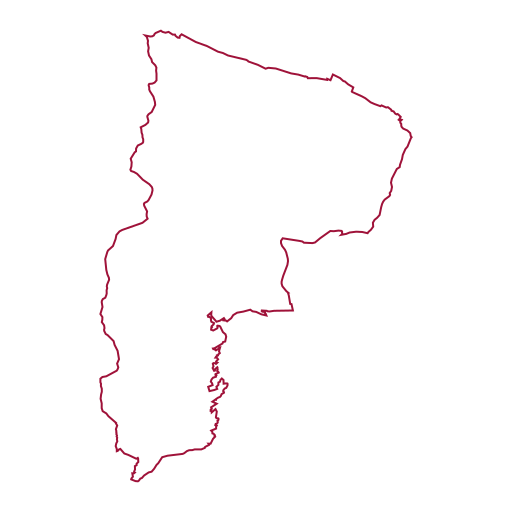 Capreni, Gorj, Romania (Equal Earth projection)
{"feature_id": "2599482B54330131448455", "entity_name": "Capreni", "entity_type": "district", "adm_level": 2, "iso_a3": "ROU", "parent_name": "Romania", "parent_adm1": "Gorj", "projection": "equal_earth", "projection_center": [23.598, 44.73], "detail": "fine", "context": "isolated", "style": "outline", "palette": "rose", "viewbox_px": 512, "rotation_deg": 0, "n_neighbors": 0, "source": "geoboundaries", "source_scale": "gbopen_adm2", "svg_char_len": 6045}
<svg xmlns="http://www.w3.org/2000/svg" viewBox="0 0 512 512"><path d="M288.3,292.8L286.3,291.1L282.4,286.3L281.6,283.7L281.6,281.7L282.1,279.6L283.3,275.6L287.4,264.9L288.0,261.1L287.8,258.7L286.2,252.4L285.0,249.8L282.1,246.0L281.0,243.1L281.0,240.8L282.7,238.3L299.4,240.9L302.4,241.5L303.9,242.7L312.5,243.1L315.0,242.5L320.3,238.1L330.3,231.0L333.8,231.2L338.5,230.6L341.6,230.9L342.1,231.6L342.0,232.6L342.4,233.7L341.3,234.8L346.2,233.9L349.7,232.5L356.2,231.7L362.3,232.0L367.6,233.2L368.4,232.0L370.9,229.8L373.2,226.6L372.9,222.7L374.6,219.8L377.1,217.8L379.6,215.0L381.2,207.1L382.1,203.9L383.2,201.6L384.7,199.6L389.3,196.2L390.1,194.9L389.7,193.1L391.2,190.9L392.0,187.0L391.0,182.7L391.9,178.6L396.8,169.0L399.7,167.1L400.0,164.8L402.0,159.2L402.8,154.9L405.4,149.1L407.5,146.6L410.9,138.1L411.6,137.2L410.7,135.9L410.2,133.1L407.4,130.5L403.2,128.6L401.7,127.0L401.3,126.0L401.2,123.8L400.3,122.7L400.3,121.0L399.5,120.4L401.4,120.2L401.7,119.8L399.3,119.1L400.7,116.9L398.3,114.5L397.6,114.0L396.7,114.4L395.3,113.7L393.6,111.4L391.5,110.8L391.2,109.7L387.9,107.2L386.2,107.5L381.5,105.4L380.4,106.2L374.4,104.0L370.6,102.3L365.3,98.2L361.8,96.3L352.2,92.0L351.8,91.5L353.3,87.4L348.1,84.3L344.8,81.4L343.4,81.1L340.1,78.1L332.9,74.5L330.5,80.2L327.2,78.8L327.1,79.9L316.6,78.1L307.8,78.2L307.3,77.0L305.2,76.3L304.9,76.6L298.3,74.6L291.1,73.4L275.8,68.5L268.3,67.8L265.6,68.7L258.0,64.9L248.4,61.5L247.6,60.6L246.1,59.8L228.0,55.5L222.9,53.0L218.0,51.7L207.1,46.1L195.8,42.0L181.6,34.3L179.8,36.1L179.5,37.8L177.7,37.6L175.5,35.8L175.0,34.6L172.7,34.6L168.6,31.9L165.5,32.7L162.5,31.9L160.9,30.7L155.6,33.0L154.5,34.1L153.9,35.4L152.3,36.3L150.3,36.5L145.3,35.5L146.8,36.9L148.0,40.8L147.7,43.3L148.7,47.9L148.1,51.3L149.0,55.5L151.4,59.2L152.1,62.1L155.3,65.3L156.4,67.6L156.1,70.6L156.5,73.7L156.5,80.4L154.6,82.6L152.4,83.6L149.2,83.9L148.6,85.1L149.3,87.8L149.2,89.4L149.9,91.2L153.4,96.6L154.9,101.9L155.2,104.9L151.7,112.0L148.5,114.3L147.4,115.9L147.3,116.7L148.4,120.7L148.1,122.5L145.4,124.9L140.7,127.3L141.3,129.1L141.6,132.7L142.4,134.8L142.5,137.3L143.2,139.2L143.2,141.9L142.8,142.8L141.2,143.9L137.8,145.5L136.1,148.5L136.0,151.4L134.7,152.3L130.7,158.7L131.7,162.3L131.4,166.5L130.4,169.7L131.1,171.0L134.0,172.0L137.1,173.8L142.8,179.7L149.3,184.2L151.8,187.0L152.4,188.6L152.5,190.5L151.5,194.6L148.6,200.0L147.3,201.5L144.5,202.9L143.9,204.0L144.2,205.7L147.1,211.4L146.6,214.1L146.7,216.5L147.6,218.7L142.5,222.8L122.3,229.9L119.5,231.4L116.4,235.0L115.6,239.0L113.0,246.0L108.0,250.5L107.3,252.0L105.2,259.1L106.3,269.9L107.4,274.4L108.9,277.8L109.1,279.8L107.1,284.6L106.8,286.4L107.2,288.1L106.6,290.2L106.7,293.5L106.3,295.1L105.3,297.7L102.8,299.1L101.9,300.8L101.7,302.1L102.5,307.0L100.4,314.0L102.4,317.1L102.3,319.9L101.8,322.1L104.1,325.3L104.5,328.1L104.1,329.6L104.2,330.9L105.7,334.0L107.6,335.1L113.6,341.1L114.6,344.9L117.6,350.8L119.0,359.2L117.1,363.6L118.3,367.4L117.5,369.5L116.7,370.7L106.3,376.3L102.4,377.0L100.4,378.7L100.4,382.3L101.0,383.7L100.9,386.0L101.8,388.7L101.8,391.8L101.1,394.5L100.6,398.8L101.7,403.3L101.7,408.2L102.7,411.2L106.3,413.4L108.4,416.2L116.1,422.9L115.9,423.4L117.2,425.5L115.9,429.2L116.4,431.2L116.2,432.0L116.6,433.1L116.3,434.0L117.0,435.5L116.6,436.5L117.2,437.7L116.9,439.2L117.3,441.4L116.3,443.3L115.7,446.1L116.8,449.0L116.8,451.2L117.7,450.9L119.1,449.4L120.3,448.9L124.3,453.5L128.3,454.9L136.0,458.6L136.5,458.7L137.8,457.9L138.1,458.4L138.3,462.0L136.6,463.7L136.6,465.2L134.9,466.1L135.0,469.5L134.1,471.6L134.1,472.2L134.8,472.6L133.8,473.4L132.3,473.3L132.9,476.7L131.4,478.5L131.2,479.4L135.5,481.1L137.9,481.3L138.9,480.6L140.3,478.6L141.9,478.0L144.1,475.5L148.7,472.4L151.6,471.7L154.1,468.8L156.6,464.8L158.2,463.3L162.2,457.2L167.6,455.7L182.7,453.9L184.2,453.2L186.9,451.1L189.2,450.2L192.3,450.1L194.7,449.4L201.3,449.4L204.8,447.9L204.9,447.2L205.7,446.6L209.1,444.9L209.3,444.5L208.6,443.7L210.6,443.7L213.1,438.7L215.1,436.7L214.5,436.0L214.9,435.5L214.7,434.9L213.6,433.8L212.4,433.4L212.3,431.8L211.2,430.6L216.1,428.6L216.1,426.6L216.7,425.7L215.3,425.1L215.7,423.9L216.8,423.7L217.7,422.6L217.5,420.7L218.2,420.4L218.6,419.0L218.3,418.4L216.5,418.2L215.9,417.3L216.8,411.6L215.5,409.1L211.7,412.4L211.6,411.1L210.6,410.9L210.7,409.6L211.8,408.8L211.1,407.3L216.7,403.7L212.4,401.7L215.2,399.7L216.0,399.8L216.1,399.0L218.2,397.6L220.0,396.9L220.8,396.0L221.6,394.1L223.9,392.8L224.0,392.2L223.2,391.3L223.3,390.3L224.7,388.5L226.2,387.9L227.5,385.5L227.6,383.9L227.4,383.5L225.9,383.4L223.6,383.7L223.5,380.0L221.8,378.5L220.4,380.0L220.0,381.7L218.4,382.5L218.4,384.9L216.4,386.8L217.2,388.9L214.3,390.0L209.5,391.1L208.2,386.8L212.6,385.1L212.1,383.3L210.8,381.6L211.5,379.5L213.0,377.7L216.0,376.7L215.9,375.9L216.3,375.4L215.4,374.8L215.5,374.1L218.7,372.6L218.3,371.8L217.1,370.9L217.7,369.2L217.3,368.6L217.5,367.5L217.3,367.2L215.2,369.0L214.9,370.6L214.1,370.8L212.6,368.0L213.5,366.3L212.8,363.7L213.4,363.1L215.1,363.2L216.0,363.9L217.3,362.7L216.6,362.5L216.1,361.5L218.1,359.3L216.7,357.6L215.5,357.6L216.2,356.5L217.4,355.8L217.2,355.3L218.1,355.2L218.3,354.4L219.8,353.1L219.0,351.3L220.1,347.4L219.3,347.6L218.5,348.8L215.9,350.4L215.3,350.0L215.2,349.1L213.3,349.1L213.0,348.5L214.4,348.3L222.5,343.5L223.0,342.1L225.2,341.5L226.2,336.7L225.5,334.3L222.9,332.1L220.2,326.5L219.3,325.9L217.5,325.7L217.2,326.0L217.6,327.4L217.3,328.3L213.2,330.5L211.1,329.7L211.3,328.1L211.9,327.3L211.4,327.0L211.6,326.2L213.6,324.4L214.0,323.1L211.3,321.7L210.9,319.8L211.1,318.9L210.6,317.9L209.3,316.8L208.2,316.9L207.7,315.5L211.4,312.3L211.2,314.9L211.5,316.0L216.5,321.7L219.9,320.7L223.9,318.1L224.5,319.0L223.2,319.8L223.2,320.3L226.3,320.7L227.1,321.4L231.2,318.2L233.2,315.1L237.1,312.7L243.3,311.6L250.3,309.7L252.5,311.3L256.2,311.9L261.3,314.3L266.4,315.5L265.7,313.7L264.9,313.0L265.0,312.4L264.4,311.9L262.3,311.7L261.7,311.1L261.8,310.5L266.8,310.8L267.6,311.3L269.5,311.5L274.1,310.8L292.9,310.5L291.5,304.1L290.2,303.9L288.8,295.5L288.0,292.9L288.3,292.8Z" fill="none" stroke="#9f1239" stroke-width="2"/></svg>